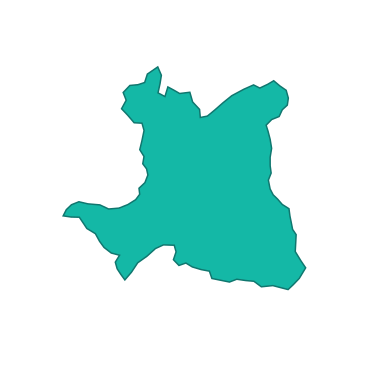 Presidente Castello Branco, Santa Catarina, Brazil, rotated 66°
{"feature_id": "56859067B89740019221326", "entity_name": "Presidente Castello Branco", "entity_type": "district", "adm_level": 2, "iso_a3": "BRA", "parent_name": "Brazil", "parent_adm1": "Santa Catarina", "projection": "orthographic", "projection_center": [-51.785, -27.238], "detail": "fine", "context": "isolated", "style": "filled", "palette": "teal", "viewbox_px": 384, "rotation_deg": 66, "n_neighbors": 0, "source": "geoboundaries", "source_scale": "gbopen_adm2", "svg_char_len": 1556}
<svg xmlns="http://www.w3.org/2000/svg" viewBox="0 0 384 384"><g transform="rotate(66 192 192)"><path d="M154.6,307.3L157.0,314.0L161.4,319.4L165.7,312.6L169.2,305.2L176.1,304.0L182.6,302.9L190.8,297.2L199.5,296.5L206.9,294.9L214.9,290.6L220.3,283.9L224.9,290.6L231.7,291.6L238.5,290.5L245.0,289.1L240.7,280.0L234.6,270.4L232.3,259.1L228.8,248.4L228.7,239.6L233.4,229.9L240.2,230.9L246.3,236.5L253.8,233.8L254.4,226.5L260.6,222.2L266.6,215.2L271.4,208.3L279.1,209.0L284.3,201.7L289.5,194.4L289.9,186.6L294.7,179.0L298.7,171.8L306.8,167.2L310.4,156.2L315.6,149.7L320.2,143.9L317.9,137.3L314.6,129.2L307.5,119.0L299.1,120.5L288.4,121.9L279.8,117.5L273.3,114.2L267.1,115.3L261.0,113.9L253.8,112.3L246.7,110.2L240.1,114.6L233.3,116.7L227.6,119.0L221.0,119.4L212.2,117.4L206.9,112.0L199.8,109.9L192.1,106.5L184.5,101.5L175.7,99.2L167.3,97.8L161.1,97.1L158.2,89.7L158.5,81.7L153.6,76.1L151.4,69.6L145.4,65.8L137.4,64.6L130.8,68.6L123.6,72.1L124.4,79.1L124.6,87.8L119.2,92.2L119.2,102.9L120.2,116.5L123.1,127.4L126.3,137.7L128.9,147.1L127.3,154.1L119.6,151.5L110.0,154.8L100.0,153.4L97.0,163.2L91.5,167.2L86.2,171.3L93.8,177.9L87.6,182.7L80.1,177.2L72.9,172.5L63.8,172.4L66.1,184.8L72.7,190.7L72.0,197.7L69.4,205.4L73.1,214.4L81.4,214.8L87.3,222.5L95.7,219.5L105.2,216.7L108.8,209.7L116.3,210.8L124.8,216.9L132.1,222.5L140.0,221.4L146.2,225.5L152.4,224.1L158.5,225.4L164.3,231.2L167.0,238.9L172.8,240.7L176.1,246.6L177.4,255.7L177.0,265.3L173.6,275.1L166.3,281.4L160.5,291.9L154.9,299.3L154.6,307.3Z" fill="#14b8a6" stroke="#0f766e" stroke-width="1.5"/></g></svg>